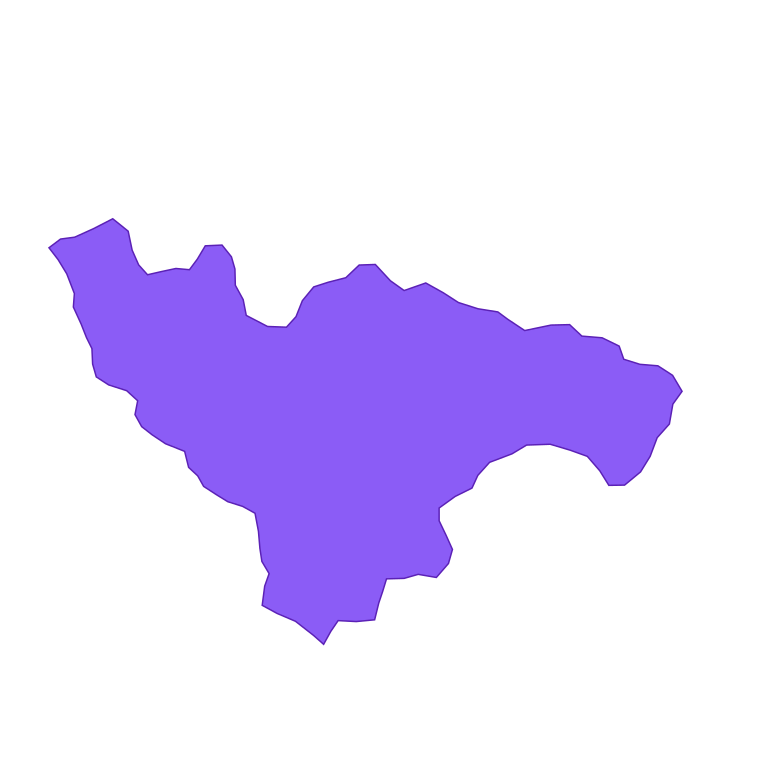 the district of São Sebastião da Vargem Alegre, Minas Gerais, Brazil, rotated 74°
{"feature_id": "56859067B17307999263645", "entity_name": "São Sebastião da Vargem Alegre", "entity_type": "district", "adm_level": 2, "iso_a3": "BRA", "parent_name": "Brazil", "parent_adm1": "Minas Gerais", "projection": "mercator", "projection_center": [-42.601, -21.015], "detail": "fine", "context": "isolated", "style": "filled", "palette": "violet", "viewbox_px": 768, "rotation_deg": 74, "n_neighbors": 0, "source": "geoboundaries", "source_scale": "gbopen_adm2", "svg_char_len": 1549}
<svg xmlns="http://www.w3.org/2000/svg" viewBox="0 0 768 768"><g transform="rotate(74 384 384)"><path d="M346.1,254.7L337.6,272.9L326.2,290.0L312.6,301.9L298.4,316.0L299.7,338.9L286.5,349.4L266.7,359.4L262.8,375.1L271.3,391.4L270.8,409.6L271.3,424.8L281.4,439.5L295.0,450.0L302.5,462.1L296.6,480.1L280.1,497.5L264.1,496.1L248.1,499.7L232.4,495.6L219.7,495.6L205.8,501.4L201.9,517.7L212.5,529.0L220.5,539.5L215.6,552.2L214.6,566.6L213.8,581.2L201.9,587.0L185.9,589.2L166.6,587.8L150.4,599.2L154.7,621.0L157.6,640.9L155.5,655.0L160.7,668.5L174.6,663.0L190.6,658.6L211.7,656.7L224.4,661.4L242.9,658.6L257.4,657.2L269.5,655.0L284.5,658.6L297.9,658.6L309.0,648.9L319.5,633.2L332.2,625.4L344.8,631.8L358.2,628.7L368.8,621.0L381.2,610.5L393.8,594.2L410.3,594.8L420.9,588.4L432.7,585.6L444.1,575.7L454.1,566.6L462.7,553.6L472.7,543.6L491.0,545.3L507.8,548.6L520.9,550.3L534.6,546.7L545.4,554.4L563.2,562.1L575.1,550.0L587.7,534.5L606.3,521.0L617.6,513.8L607.1,503.3L598.8,493.3L604.7,476.2L608.1,458.0L593.1,449.4L583.1,442.5L572.0,435.3L576.4,418.2L576.4,403.6L584.4,387.0L574.3,371.5L561.9,363.8L546.7,366.0L530.7,368.7L518.4,365.2L511.7,346.6L508.3,328.1L497.7,319.0L488.4,304.1L486.4,280.1L482.0,263.8L487.7,240.9L499.0,223.2L509.6,208.5L526.9,200.5L543.4,195.8L547.5,180.6L539.2,161.6L526.9,148.1L510.9,136.2L501.1,120.7L483.0,111.9L473.2,99.5L455.2,104.2L442.0,115.7L435.6,132.6L426.3,146.7L412.4,147.5L399.7,161.6L392.5,180.6L378.1,189.2L373.4,207.2L371.4,234.0L355.9,247.2L346.1,254.7Z" fill="#8b5cf6" stroke="#5b21b6" stroke-width="1.5"/></g></svg>